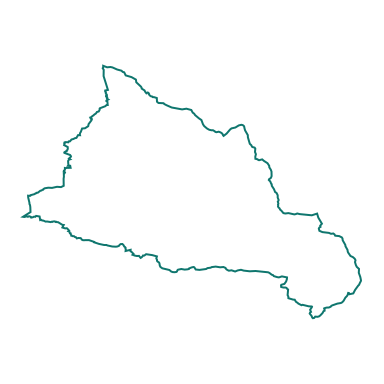 outline of Certeze, Satu Mare, Romania
{"feature_id": "2599482B10692597376831", "entity_name": "Certeze", "entity_type": "district", "adm_level": 2, "iso_a3": "ROU", "parent_name": "Romania", "parent_adm1": "Satu Mare", "projection": "robinson", "projection_center": [23.542, 47.91], "detail": "fine", "context": "isolated", "style": "outline", "palette": "teal", "viewbox_px": 384, "rotation_deg": 0, "n_neighbors": 0, "source": "geoboundaries", "source_scale": "gbopen_adm2", "svg_char_len": 5917}
<svg xmlns="http://www.w3.org/2000/svg" viewBox="0 0 384 384"><path d="M135.9,79.6L131.5,77.1L125.7,75.4L124.2,72.3L122.7,71.9L121.5,70.7L117.1,69.5L112.4,67.4L110.4,67.0L107.1,67.3L103.2,65.8L103.2,67.4L102.7,68.2L103.7,69.8L103.6,76.1L107.9,89.9L105.2,90.5L105.2,91.5L105.9,92.3L105.7,92.7L105.9,93.8L106.5,94.2L106.9,95.0L106.9,95.7L106.0,96.0L106.0,96.3L106.7,97.2L107.2,97.4L107.5,98.5L107.0,98.6L107.2,99.2L108.1,99.6L106.5,100.5L106.3,100.9L107.4,101.7L107.7,105.0L106.6,105.0L105.3,106.2L99.8,108.3L99.6,108.7L99.7,109.7L98.7,111.5L96.9,112.0L96.0,113.4L94.1,114.7L93.5,115.4L92.6,115.9L91.0,117.3L90.4,117.5L90.7,117.9L90.6,118.5L90.9,118.8L91.6,118.7L91.9,119.1L91.4,120.4L88.6,124.1L88.2,126.2L84.9,128.3L82.1,128.5L80.8,131.9L80.1,133.0L79.8,134.4L80.0,135.2L78.1,135.1L76.4,137.9L74.9,138.2L73.4,139.0L71.5,139.5L70.0,141.3L68.7,141.4L68.3,142.3L65.5,142.1L64.5,142.4L64.4,142.7L64.8,142.7L64.8,143.1L64.1,145.1L67.7,147.0L67.8,148.8L67.4,149.9L66.8,150.4L66.7,151.0L66.4,150.9L66.2,151.2L64.8,152.0L64.3,152.4L64.4,152.9L70.1,155.0L71.0,156.3L70.7,157.0L69.0,158.5L70.1,159.3L68.9,159.6L68.1,161.0L68.3,164.2L68.5,164.5L68.5,165.0L68.0,165.7L70.2,165.8L70.6,167.8L66.7,167.9L65.7,168.2L64.9,168.0L64.9,169.6L64.4,170.6L63.9,170.7L63.7,171.6L64.6,171.9L65.0,172.5L64.3,173.6L63.8,173.6L63.9,176.8L63.6,178.7L63.7,185.8L61.0,187.1L57.0,186.8L52.0,187.9L48.3,187.7L44.7,188.3L43.7,188.9L43.2,189.7L42.6,189.7L41.5,190.5L40.4,190.7L37.8,192.7L36.5,192.8L36.3,193.2L35.3,193.5L34.6,194.1L30.5,195.2L30.4,195.7L30.0,195.9L28.1,195.7L28.2,197.5L29.4,202.6L29.5,204.1L30.0,205.0L30.3,207.0L30.5,212.1L23.0,216.8L24.3,217.0L26.5,216.4L27.4,216.5L27.9,216.8L28.4,216.4L29.5,216.3L30.9,216.9L31.0,217.5L31.3,217.6L33.0,217.2L34.1,216.6L35.3,216.8L36.1,215.9L39.6,216.5L40.2,220.1L41.3,219.8L42.1,220.5L43.4,220.6L45.6,221.6L47.1,221.5L50.8,222.1L51.8,221.7L52.3,221.9L53.0,221.5L54.9,221.4L55.6,222.0L56.4,221.8L56.7,222.1L58.1,222.2L62.3,224.8L63.7,225.0L62.4,227.5L65.2,228.4L66.8,228.2L67.5,228.8L69.1,230.6L68.5,231.2L69.3,231.4L69.8,233.1L70.7,233.4L70.7,234.4L71.2,235.0L71.3,235.7L71.9,235.7L72.4,236.1L74.0,236.2L74.9,237.0L75.9,237.2L76.8,238.4L78.4,238.0L80.6,238.1L81.1,238.5L81.7,239.6L83.0,240.2L88.9,240.1L94.2,241.9L94.1,242.3L99.0,243.9L104.1,245.0L106.6,245.0L107.2,245.4L112.2,246.5L115.9,246.7L117.3,246.5L118.9,245.9L119.6,244.9L120.6,244.1L122.4,244.0L123.5,245.1L124.3,246.6L125.1,247.1L125.6,247.8L125.4,248.6L125.8,249.3L125.6,251.0L130.6,249.8L130.5,251.2L131.8,252.1L133.5,253.9L132.6,254.8L134.8,255.6L136.9,256.0L139.0,255.9L140.6,257.9L141.5,257.4L142.7,256.2L143.0,255.5L144.4,255.5L146.1,254.2L152.2,255.1L156.9,256.4L156.3,258.4L157.0,259.8L157.0,260.8L157.5,261.5L158.9,262.4L159.4,263.2L159.8,265.6L160.4,266.9L162.3,268.3L169.4,270.0L171.3,271.6L172.8,272.1L174.8,272.2L176.5,271.9L176.9,271.5L177.6,270.0L178.0,269.7L181.3,269.0L184.7,269.6L187.7,269.3L188.9,269.0L189.0,268.5L191.4,267.5L193.4,267.0L194.3,267.3L195.7,269.5L199.5,269.9L206.1,269.0L207.5,268.1L210.6,267.7L211.7,267.1L215.7,266.6L220.2,267.3L223.4,267.0L225.5,267.9L225.8,268.6L226.6,269.5L228.2,270.4L228.9,270.7L231.5,270.3L235.1,271.5L237.8,270.4L241.0,269.8L243.7,270.6L249.7,271.3L255.5,271.0L268.1,272.3L269.4,272.9L271.7,274.7L273.0,275.1L273.8,276.1L277.1,277.1L278.9,277.4L281.9,276.4L287.0,277.4L286.9,279.1L286.1,281.5L284.4,283.9L281.3,284.8L281.0,285.6L281.2,287.0L283.3,287.5L285.4,287.5L286.5,287.9L287.4,289.1L288.1,289.5L287.6,295.1L288.3,296.5L288.4,298.2L293.1,299.6L294.7,299.7L295.9,301.7L297.9,303.1L298.2,303.5L301.5,305.2L302.5,304.8L308.7,306.3L311.8,306.5L312.0,306.7L311.8,307.3L310.1,309.8L311.0,311.9L310.1,312.5L309.7,313.6L311.5,315.8L312.2,317.5L312.9,318.2L314.2,317.9L315.2,316.6L317.5,316.8L319.0,316.4L320.2,315.5L322.5,313.1L323.6,311.1L324.6,310.7L324.6,309.5L324.1,308.6L324.2,308.3L326.5,307.6L328.9,307.5L330.7,306.7L331.4,305.8L332.5,305.3L337.4,303.6L340.9,303.0L342.2,302.3L343.6,300.8L345.4,297.6L346.9,296.1L347.7,294.8L348.2,292.9L348.9,293.0L349.5,294.2L353.3,293.4L355.1,289.9L358.3,285.5L359.2,284.7L359.5,283.7L360.9,281.0L361.0,280.4L360.3,277.0L358.8,272.8L359.0,268.9L356.8,266.9L355.9,265.1L355.0,262.1L355.5,260.2L354.7,258.7L352.9,257.1L350.5,256.0L348.1,252.5L347.7,251.4L347.5,249.9L345.5,246.3L345.3,244.9L342.7,240.3L342.5,238.5L341.8,237.4L339.2,236.1L335.2,235.7L334.5,234.4L333.3,233.5L331.0,233.8L329.0,232.9L322.4,232.1L319.4,230.8L318.8,228.6L319.3,227.6L320.5,226.9L320.2,225.7L321.9,223.7L318.3,217.6L317.1,213.6L311.8,215.3L299.7,214.1L297.2,213.5L295.8,214.1L294.3,214.4L288.4,213.1L285.3,213.5L283.4,213.1L281.3,210.6L280.1,209.6L279.6,208.4L278.5,207.4L278.0,206.5L278.2,205.1L278.0,204.6L278.4,203.5L277.8,201.7L278.5,200.6L278.6,199.9L277.7,197.6L277.7,195.5L277.5,194.8L276.5,192.9L275.1,192.0L274.0,189.2L271.8,185.8L271.7,184.2L271.2,183.8L270.3,181.5L268.8,180.0L269.0,179.3L270.8,178.0L271.5,176.5L271.6,175.8L271.5,171.6L270.8,169.7L269.3,167.3L269.2,165.8L267.5,163.2L263.8,160.8L262.2,159.4L259.1,160.2L258.3,160.0L257.6,159.3L255.4,158.8L255.3,156.6L255.9,154.2L255.0,152.0L255.3,148.6L254.6,147.6L252.7,147.1L252.0,146.7L251.3,145.2L249.8,143.8L247.9,137.3L247.8,135.1L245.1,130.4L244.5,128.3L244.2,126.7L243.8,125.9L242.7,125.1L241.3,124.8L238.8,125.4L235.4,127.5L231.5,128.4L230.1,129.5L226.6,133.6L223.6,135.9L223.0,135.2L222.8,134.4L221.6,133.0L220.1,132.2L218.7,131.7L216.4,132.2L215.3,131.9L214.8,131.3L212.9,130.2L211.7,130.3L209.3,129.8L207.0,128.5L204.2,126.1L203.0,124.3L201.4,120.0L199.0,118.4L195.1,115.1L194.2,113.7L192.7,112.6L191.3,110.0L186.4,108.7L182.1,109.4L171.7,107.5L166.5,105.2L164.2,104.0L164.0,103.6L163.4,103.2L158.7,103.0L158.1,102.7L157.0,101.7L156.8,98.0L154.2,97.2L152.7,97.1L152.4,96.6L151.0,96.3L149.7,95.4L148.8,94.1L149.0,93.8L148.4,92.8L147.6,92.5L146.4,93.3L145.2,91.8L144.5,90.4L141.7,88.6L141.6,87.7L141.0,86.7L136.3,82.3L135.9,79.6Z" fill="none" stroke="#0f766e" stroke-width="2"/></svg>